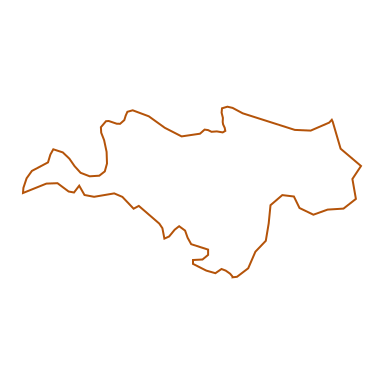 Briceni, Robinson projection
{"feature_id": "MDA-1613", "entity_name": "Briceni", "entity_type": "District", "adm_level": 1, "iso_a3": "MDA", "parent_name": "Moldova", "parent_adm1": "", "projection": "robinson", "projection_center": [26.94, 48.261], "detail": "fine", "context": "isolated", "style": "outline", "palette": "amber", "viewbox_px": 384, "rotation_deg": 0, "n_neighbors": 0, "source": "natural_earth", "source_scale": "10m", "svg_char_len": 1306}
<svg xmlns="http://www.w3.org/2000/svg" viewBox="0 0 384 384"><path d="M74.0,192.5L68.6,191.5L57.5,183.2L46.4,183.6L23.0,193.0L23.4,187.9L26.6,178.3L31.9,170.9L48.0,162.4L50.4,154.5L53.3,149.3L62.8,152.4L69.4,158.7L74.6,166.2L80.6,172.8L89.7,176.3L99.3,175.7L104.8,171.4L107.0,163.5L106.6,151.9L104.1,140.1L101.2,132.7L100.9,127.2L106.0,121.2L108.7,121.0L116.7,123.7L120.1,123.8L124.3,120.1L125.7,115.6L127.4,111.8L132.7,110.3L148.8,116.3L164.8,127.8L181.6,136.4L200.0,133.7L204.6,129.6L208.1,130.1L211.5,131.8L216.8,131.4L222.7,132.4L225.3,130.9L224.7,127.8L223.1,124.4L222.7,122.0L222.9,117.9L221.6,112.7L222.0,108.3L227.4,106.7L232.6,107.9L242.7,113.3L294.8,129.9L310.7,130.6L329.2,122.6L331.8,119.8L332.7,121.7L340.6,148.7L361.0,166.0L352.4,179.0L355.9,198.9L343.5,208.6L327.6,209.6L313.4,214.7L299.5,208.0L293.9,196.5L282.3,195.1L270.5,205.2L268.7,223.4L265.8,240.8L255.4,251.7L248.2,268.3L237.0,276.8L232.6,277.3L232.7,276.8L230.1,273.7L225.7,270.6L221.5,269.0L215.4,273.2L206.3,270.6L193.0,263.9L193.0,260.0L202.5,259.5L208.1,254.9L208.1,249.6L191.2,244.2L187.6,237.7L185.1,230.6L179.1,226.2L174.7,229.7L169.1,236.5L164.4,238.6L162.4,228.2L159.3,223.6L138.8,205.9L133.6,208.7L122.4,196.9L114.2,193.4L94.1,196.8L84.5,195.0L79.2,185.7L74.0,192.5Z" fill="none" stroke="#b45309" stroke-width="2"/></svg>